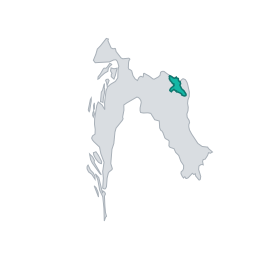 where Varaždinska sits in Croatia, rotated 53°
{"feature_id": "HRV-1610", "entity_name": "Varaždinska", "entity_type": "County", "adm_level": 1, "iso_a3": "HRV", "parent_name": "Croatia", "parent_adm1": "", "projection": "natural_earth1", "projection_center": [16.282, 46.204], "detail": "fine", "context": "in_parent", "style": "filled", "palette": "teal", "viewbox_px": 256, "rotation_deg": 53, "n_neighbors": 0, "source": "natural_earth", "source_scale": "10m", "svg_char_len": 5168}
<svg xmlns="http://www.w3.org/2000/svg" viewBox="0 0 256 256"><g transform="rotate(53 128 128)"><path d="M45.2,90.1L46.2,91.5L53.8,93.3L55.4,92.5L56.4,91.3L56.5,90.6L57.1,90.3L59.8,91.5L67.9,91.4L69.6,90.5L72.7,85.4L73.7,85.0L74.3,85.2L74.8,86.7L76.0,88.1L80.1,91.5L81.6,91.9L83.2,91.0L84.7,90.7L89.2,92.5L93.0,92.8L95.8,91.9L94.4,89.2L94.2,87.8L94.4,86.6L96.3,85.4L96.2,84.9L93.9,82.8L94.0,82.2L99.1,79.9L104.0,78.5L104.8,77.5L105.5,73.1L105.2,70.7L103.2,68.5L103.1,67.4L103.6,66.2L104.4,65.2L108.6,64.0L114.8,61.4L116.7,59.0L117.8,58.6L121.3,58.9L122.0,58.3L121.6,54.9L122.2,54.0L124.0,53.1L127.0,53.4L129.5,54.3L136.2,57.4L139.7,60.2L141.7,63.3L144.3,65.7L147.7,67.4L150.3,69.7L152.3,72.6L155.1,74.3L158.6,74.6L160.8,75.6L161.8,77.3L163.7,78.8L166.6,80.1L171.1,80.8L182.4,81.5L187.4,79.9L191.2,75.9L192.8,76.1L198.0,75.0L197.7,77.4L196.2,78.5L197.8,81.0L199.3,85.0L198.5,87.0L199.6,88.6L202.7,90.1L201.9,90.6L201.1,91.9L201.1,94.3L203.7,96.6L210.5,99.1L212.5,101.2L212.6,102.0L212.2,102.6L207.0,102.8L205.0,101.8L204.8,103.4L202.9,103.9L204.0,109.9L203.6,111.6L202.9,112.2L201.4,111.9L201.0,112.4L201.4,113.7L199.5,113.8L196.4,113.2L195.0,112.0L194.8,109.7L193.8,108.0L191.4,106.1L186.3,105.8L180.5,104.0L176.2,104.6L172.2,103.7L168.7,106.1L166.9,106.1L163.4,103.1L162.3,103.0L159.2,104.4L158.0,104.5L152.8,102.9L150.9,102.7L149.6,103.2L147.1,102.7L141.2,98.8L137.5,101.7L130.0,101.0L127.8,103.0L125.2,106.8L123.2,108.6L121.4,107.9L119.3,106.3L115.5,102.0L113.7,101.2L111.5,101.0L109.6,101.5L108.6,102.4L107.2,114.2L107.1,117.5L111.3,120.5L116.1,125.8L117.7,126.4L118.5,128.1L120.9,137.6L123.4,140.9L131.8,148.6L135.3,153.6L146.1,163.2L150.9,164.9L151.6,165.8L151.7,169.5L152.2,170.9L155.4,174.8L161.9,180.5L162.6,181.9L162.9,182.8L162.4,183.6L160.8,184.4L153.3,177.9L147.5,174.4L140.9,167.7L132.1,165.1L126.1,162.2L118.5,163.5L116.0,163.6L114.2,163.1L113.0,161.2L113.0,158.0L109.5,155.1L104.7,152.4L100.2,148.8L91.1,139.2L89.3,136.1L94.0,134.9L99.4,135.5L93.6,131.4L85.3,123.4L82.9,119.6L82.6,115.6L83.2,110.0L81.8,106.0L75.4,100.8L73.1,98.1L68.3,96.4L66.2,96.6L65.0,98.6L64.0,103.1L56.1,114.9L53.1,114.9L49.7,109.2L46.5,105.0L45.8,100.5L43.4,91.4L45.2,90.1ZM185.6,198.3L185.7,199.6L188.0,202.9L177.6,195.5L167.7,189.5L160.8,188.1L151.2,183.3L145.0,181.6L150.1,181.2L164.8,187.6L163.2,185.9L165.3,185.2L167.1,185.7L168.2,187.8L176.5,193.5L181.8,196.8L185.6,198.3ZM71.1,121.3L70.9,122.7L69.1,121.0L68.3,117.7L66.1,112.6L65.8,111.1L67.0,109.7L66.9,108.2L65.4,103.6L66.7,102.9L67.5,102.8L67.8,106.0L68.5,107.8L70.6,110.0L70.1,113.7L70.5,118.9L71.1,121.3ZM80.5,109.8L76.9,110.5L75.2,109.1L74.8,108.0L71.9,107.6L69.8,105.3L72.3,103.6L73.6,100.7L78.4,106.5L80.5,109.8ZM137.5,172.2L132.9,172.3L128.9,171.6L126.9,170.5L127.7,167.9L132.1,168.1L138.9,169.2L140.5,170.6L140.0,171.2L137.5,172.2ZM149.4,177.5L147.3,177.9L134.4,177.6L130.6,176.8L125.6,174.3L129.8,173.7L133.7,174.3L134.9,175.7L149.4,177.5ZM91.3,133.2L90.5,134.2L83.3,127.7L82.5,125.5L79.0,121.2L78.4,120.0L81.7,122.9L82.9,123.1L86.0,125.9L89.1,129.5L92.7,132.7L91.3,133.2ZM133.6,182.2L138.9,183.3L142.9,182.8L146.5,183.4L149.2,185.2L143.1,184.8L139.4,185.9L136.1,185.3L134.9,184.5L134.0,183.6L133.6,182.2ZM91.2,148.3L91.6,149.2L89.7,148.9L82.6,140.9L81.9,139.3L84.4,141.2L91.2,148.3ZM78.8,114.6L81.7,119.3L79.0,117.9L76.6,117.3L76.1,116.2L77.0,114.5L78.8,114.6ZM161.4,190.6L165.4,193.1L153.8,189.8L156.3,189.4L161.4,190.6ZM96.5,146.4L98.4,149.1L96.6,148.6L94.7,146.9L93.6,145.1L96.5,146.4ZM92.4,143.2L92.9,144.5L89.3,142.0L87.7,139.7L92.4,143.2Z" fill="#d9dde1" stroke="#a8b0b8" stroke-width="1"/><path d="M117.3,58.9L117.5,59.0L117.8,58.9L118.1,58.7L118.3,58.4L118.5,58.2L118.9,58.1L119.2,58.3L119.9,58.8L120.3,59.0L120.7,59.1L121.0,59.1L122.0,58.9L122.7,58.9L122.8,58.8L122.8,58.7L123.3,59.0L123.9,59.1L124.1,59.2L124.2,59.3L124.5,59.7L124.6,59.8L124.6,60.0L124.7,60.3L124.8,60.6L125.0,60.8L128.6,61.5L129.5,61.5L131.5,61.0L131.8,60.9L132.1,61.0L135.4,61.2L136.1,61.4L136.5,61.8L136.8,62.0L136.9,62.3L136.9,62.5L136.6,63.1L136.5,63.5L136.2,63.8L135.7,64.2L134.7,64.8L134.1,65.1L133.8,65.2L133.7,65.1L133.6,64.9L133.3,64.7L132.9,64.8L131.8,65.1L129.1,66.6L128.9,67.0L128.7,67.3L128.3,67.4L127.6,67.6L127.4,67.6L127.3,67.4L127.2,67.3L127.2,67.2L126.0,67.9L125.9,67.9L125.7,67.9L125.3,67.9L125.2,67.9L124.8,68.0L124.7,68.2L124.7,68.5L124.9,69.2L124.9,69.6L124.9,70.9L125.1,71.6L124.2,71.8L123.7,72.0L123.4,72.0L123.2,72.0L122.9,71.8L122.8,71.7L122.6,71.1L122.5,70.9L122.1,70.3L121.9,68.4L121.9,68.1L122.0,67.8L122.1,67.3L122.1,67.1L122.0,66.9L121.8,66.6L121.7,66.3L121.7,66.1L121.9,65.7L121.7,65.5L121.3,65.5L121.1,65.5L121.0,65.4L120.8,65.1L120.7,64.9L120.4,64.8L120.2,64.9L120.0,65.0L119.8,65.4L119.6,65.5L119.3,65.7L118.8,65.7L118.4,65.5L118.1,65.5L117.9,65.5L117.5,65.6L117.0,65.6L116.6,65.6L116.4,65.6L116.2,65.6L115.9,65.8L115.7,65.8L115.3,65.7L114.5,65.5L114.3,65.5L113.9,65.5L113.6,65.4L113.4,65.3L113.4,65.1L113.3,64.8L113.2,64.7L111.8,64.2L111.6,64.0L111.5,63.8L111.4,63.5L111.4,63.2L111.5,63.1L112.5,62.6L113.3,62.2L114.3,62.0L114.6,61.9L115.3,61.6L115.9,61.3L116.2,61.0L116.3,60.9L116.5,60.4L116.5,59.9L116.4,59.4L116.4,58.8L117.3,58.9Z" fill="#14b8a6" stroke="#0f766e" stroke-width="1.5"/></g></svg>